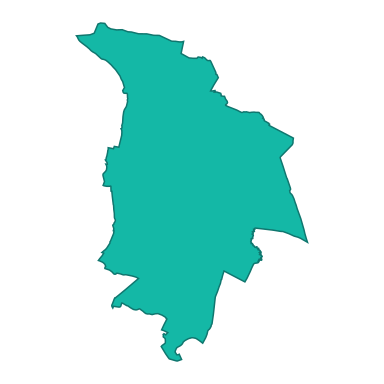 Berchisesti, Suceava, Romania
{"feature_id": "2599482B32520151641647", "entity_name": "Berchisesti", "entity_type": "district", "adm_level": 2, "iso_a3": "ROU", "parent_name": "Romania", "parent_adm1": "Suceava", "projection": "equal_earth", "projection_center": [26.04, 47.525], "detail": "fine", "context": "isolated", "style": "filled", "palette": "teal", "viewbox_px": 384, "rotation_deg": 0, "n_neighbors": 0, "source": "geoboundaries", "source_scale": "gbopen_adm2", "svg_char_len": 5973}
<svg xmlns="http://www.w3.org/2000/svg" viewBox="0 0 384 384"><path d="M213.4,314.1L215.3,297.0L217.6,291.2L219.3,286.2L220.4,283.5L221.2,279.7L221.6,279.5L222.6,275.5L224.0,271.0L244.9,281.9L247.0,278.3L250.2,271.6L251.8,267.8L253.6,264.1L254.5,263.4L255.3,263.2L257.0,263.0L257.3,262.7L257.6,262.8L258.4,262.5L258.5,262.3L258.1,262.2L258.0,261.7L258.3,261.2L259.2,261.1L259.3,261.0L259.3,260.8L258.6,260.5L258.8,260.2L259.2,260.1L259.3,259.9L258.9,259.7L259.2,259.2L259.6,259.5L260.2,259.3L260.8,259.9L260.8,260.2L261.2,260.3L261.6,260.1L261.8,259.8L261.6,259.0L260.8,258.3L261.0,258.0L260.9,257.7L261.5,257.6L261.5,257.3L262.2,256.4L262.2,256.2L261.7,256.1L261.4,256.0L261.2,255.8L261.3,255.3L261.1,254.8L260.8,255.0L259.7,254.6L259.9,254.4L259.8,254.0L259.9,253.8L260.1,253.7L260.7,253.8L260.9,253.6L260.9,253.3L260.1,253.1L259.6,252.7L260.6,252.5L261.1,252.1L260.9,251.8L260.5,251.7L260.4,251.5L260.3,251.0L260.2,250.8L259.8,250.9L259.5,250.0L258.1,249.8L258.0,249.4L258.5,249.3L258.7,249.1L258.7,248.5L258.6,248.3L258.0,248.5L257.1,248.0L257.0,246.9L256.6,246.8L256.0,247.4L254.7,247.1L254.6,246.9L254.7,246.4L254.5,246.1L254.1,246.1L253.1,245.6L253.2,245.0L253.1,244.7L252.8,244.6L252.8,244.2L252.4,243.8L252.3,243.5L251.9,243.4L251.5,243.6L251.2,243.6L251.1,243.2L251.3,242.5L250.7,241.8L250.9,241.1L251.3,240.9L251.3,240.3L251.1,238.9L251.3,238.7L252.3,238.8L252.7,238.6L252.8,238.4L252.8,237.8L252.4,237.3L252.9,236.6L252.8,236.3L252.9,236.0L253.3,235.7L253.3,235.2L253.1,234.6L252.3,234.2L252.2,234.1L253.1,233.6L253.2,233.1L253.1,232.5L252.5,231.9L253.3,231.5L253.8,231.6L254.2,231.6L254.4,231.4L254.3,231.2L253.8,230.8L253.6,230.5L253.7,230.0L254.1,229.9L254.0,229.7L253.7,229.5L253.6,229.2L254.3,228.9L254.7,229.0L254.6,228.6L254.9,228.2L255.6,228.1L272.8,230.1L280.7,231.4L282.9,231.5L288.9,233.7L294.1,236.1L298.0,237.2L300.5,238.3L307.5,242.3L306.3,238.6L304.8,233.4L304.0,229.8L300.8,218.7L297.2,208.8L296.1,205.0L295.2,202.7L294.0,198.9L292.5,195.6L291.7,194.4L290.7,193.5L290.1,192.8L289.9,192.3L289.9,191.8L289.6,190.6L289.7,190.4L290.3,190.0L290.6,189.2L290.4,188.1L287.2,178.7L286.9,178.4L286.3,176.7L283.1,166.5L280.1,157.7L280.5,156.8L292.2,144.8L292.7,143.8L293.0,142.9L293.0,140.8L293.4,138.1L269.1,125.4L269.6,124.2L268.6,123.6L268.7,123.2L264.3,120.7L264.1,119.1L262.7,118.2L263.3,117.4L262.3,115.7L261.1,114.3L260.5,114.0L259.6,113.2L259.2,112.6L258.9,112.4L255.3,112.3L254.1,112.1L251.2,112.3L249.7,112.6L246.3,111.8L245.1,112.0L243.8,111.8L242.6,112.4L241.3,112.4L236.9,110.1L227.8,106.5L225.7,105.4L225.6,105.2L225.7,104.7L226.9,103.7L227.5,102.7L227.2,101.3L225.6,99.1L224.5,96.3L223.3,96.3L221.2,95.9L221.1,94.4L220.7,93.3L217.0,92.1L216.3,92.0L214.2,92.1L214.4,91.6L215.3,91.6L215.0,90.5L212.3,91.0L210.6,90.9L213.8,85.0L218.3,77.7L216.9,74.5L216.0,74.3L215.8,74.1L215.8,73.9L216.0,73.8L215.8,72.3L210.8,61.4L210.3,60.7L209.9,60.4L209.1,60.6L207.9,60.6L206.7,59.9L204.8,57.9L202.7,56.9L202.1,58.2L201.3,57.5L198.1,57.0L196.9,58.3L193.2,58.3L189.0,57.9L181.1,53.5L183.6,41.4L181.7,41.9L179.3,41.9L175.5,41.3L171.7,41.2L159.3,35.4L153.7,35.3L146.9,33.9L138.6,33.8L131.4,32.0L128.0,31.8L122.2,29.7L116.6,29.9L110.9,28.9L107.7,27.3L104.8,23.4L100.6,23.0L98.0,24.0L94.2,33.2L90.0,34.8L82.6,35.3L76.5,35.8L77.3,36.9L77.9,38.2L78.8,40.0L80.0,41.4L82.2,43.2L86.3,46.3L89.2,48.7L91.1,50.7L92.9,52.0L94.2,52.7L95.7,53.6L101.1,58.6L102.0,59.1L103.7,59.4L105.6,60.1L107.7,61.7L111.2,64.9L113.3,67.3L115.6,69.7L120.0,76.0L121.2,79.1L122.7,81.6L124.0,86.1L124.5,87.5L122.7,90.6L123.2,92.3L123.7,93.0L124.8,93.3L126.9,93.3L127.4,94.1L127.5,97.6L127.8,98.7L127.3,99.9L127.6,101.5L126.5,106.0L126.3,106.6L124.4,109.7L123.7,111.8L123.0,116.5L122.6,123.0L121.8,125.5L122.0,126.9L121.9,127.9L121.5,128.5L121.0,128.7L121.8,130.3L121.9,132.3L121.7,135.3L118.8,147.2L114.3,146.4L113.5,148.7L108.2,147.7L108.2,149.4L107.8,150.6L107.6,152.4L106.8,156.2L106.4,157.2L105.9,159.9L105.4,160.0L107.2,162.8L107.3,164.2L105.8,164.1L106.6,165.7L106.7,166.2L106.8,167.5L106.4,170.1L105.5,171.4L103.2,173.8L103.0,174.4L103.0,175.6L104.5,181.6L103.1,185.4L104.0,185.8L106.7,186.3L109.4,186.3L110.7,186.1L110.9,186.5L111.0,191.1L111.8,191.2L112.3,196.3L113.3,204.7L113.5,205.0L113.6,205.9L113.8,209.4L114.3,213.3L114.4,217.5L114.7,218.6L115.2,219.4L115.3,219.9L115.3,220.7L115.0,221.7L114.2,222.8L113.7,224.3L112.8,225.1L112.8,225.6L113.6,227.9L113.8,229.1L113.3,230.7L114.0,230.9L113.6,233.5L110.5,241.1L110.0,241.8L109.9,243.2L106.8,248.0L105.4,249.6L104.2,250.5L101.9,252.5L103.7,253.2L102.3,255.5L99.6,258.8L98.4,260.5L99.4,260.8L102.5,262.2L103.5,262.9L104.9,264.3L105.7,266.4L105.0,267.3L104.9,268.5L109.6,270.1L112.0,271.9L113.8,273.9L114.6,274.2L115.8,274.1L116.1,273.8L116.4,273.3L117.4,273.2L120.5,273.9L122.7,274.7L123.7,274.9L125.8,274.7L126.9,274.9L132.2,276.0L135.7,277.0L137.2,277.7L138.5,278.5L125.1,289.9L115.2,298.0L114.8,297.9L114.2,299.1L112.6,303.4L111.8,305.2L111.8,306.0L112.1,306.8L112.8,308.0L113.5,306.3L119.1,307.1L120.1,306.9L120.8,306.1L121.7,303.1L122.6,303.2L126.7,305.6L127.9,305.9L130.4,307.7L133.3,309.4L135.1,309.8L136.1,309.9L137.5,309.6L139.3,308.8L139.7,308.9L143.2,311.4L144.3,312.5L145.7,313.5L146.3,313.7L147.7,314.0L149.3,313.9L152.1,314.6L155.2,313.8L158.0,313.6L162.0,315.1L164.8,316.8L165.9,317.7L166.1,318.5L166.9,319.0L163.8,325.1L161.6,329.9L163.8,330.6L167.8,332.6L165.7,334.8L164.0,333.7L163.1,334.5L163.4,335.8L163.2,336.8L163.3,337.0L164.5,337.9L165.2,338.7L165.4,341.2L165.3,342.7L165.0,343.4L162.2,345.4L161.2,346.5L165.7,353.9L168.2,357.5L169.3,358.9L176.3,360.9L177.4,361.0L181.6,359.5L179.2,354.2L178.2,354.8L176.8,354.8L175.1,352.0L175.4,350.7L176.2,348.8L176.8,347.8L177.2,347.4L180.2,345.8L181.4,344.9L182.4,343.8L183.3,342.0L184.9,340.6L187.2,339.3L188.9,338.5L191.9,337.7L193.2,337.8L195.6,338.3L196.6,338.8L199.2,340.5L202.7,343.2L205.7,337.7L207.0,334.3L207.8,330.8L208.6,329.8L209.4,329.2L210.1,328.2L211.1,326.3L211.2,325.2L212.0,323.9L213.4,314.1Z" fill="#14b8a6" stroke="#0f766e" stroke-width="1.5"/></svg>